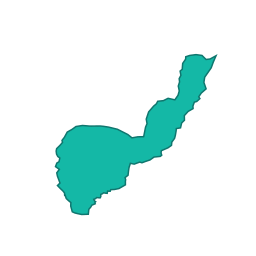 Dymes, Limassol, Cyprus (Natural Earth projection), rotated 110°
{"feature_id": "46923920B11933965070287", "entity_name": "Dymes", "entity_type": "district", "adm_level": 2, "iso_a3": "CYP", "parent_name": "Cyprus", "parent_adm1": "Limassol", "projection": "natural_earth1", "projection_center": [32.967, 34.924], "detail": "fine", "context": "isolated", "style": "filled", "palette": "teal", "viewbox_px": 256, "rotation_deg": 110, "n_neighbors": 0, "source": "geoboundaries", "source_scale": "gbopen_adm2", "svg_char_len": 1784}
<svg xmlns="http://www.w3.org/2000/svg" viewBox="0 0 256 256"><g transform="rotate(110 128 128)"><path d="M41.3,98.1L43.6,97.4L48.6,98.7L51.9,97.8L54.3,97.1L56.7,98.5L60.4,96.3L64.1,96.8L67.1,95.3L71.4,95.1L73.5,93.8L75.7,92.5L80.2,92.2L85.5,93.6L86.4,100.5L90.2,104.1L92.7,109.2L95.6,109.6L98.7,111.4L105.8,114.1L113.4,113.9L117.4,111.6L121.2,111.8L130.8,110.3L132.9,115.7L135.9,120.9L134.2,125.9L132.8,137.5L133.8,146.5L134.8,151.5L135.7,155.0L139.2,164.3L141.2,171.6L144.4,177.4L148.4,180.1L152.6,183.7L158.6,184.6L162.2,185.8L163.9,184.6L167.6,186.0L171.8,188.0L173.8,187.7L174.3,187.6L177.0,186.2L178.8,184.2L179.5,181.8L183.3,181.3L185.3,182.9L189.1,182.9L190.3,178.4L194.5,179.6L197.3,177.9L200.0,175.6L203.0,173.1L206.2,174.6L208.1,170.7L209.4,167.7L210.7,165.5L212.9,164.5L212.6,164.1L215.4,161.9L216.7,158.8L217.6,156.2L221.0,155.1L225.8,151.7L226.0,148.9L225.7,146.1L225.1,141.9L222.6,135.8L217.8,137.0L215.2,136.0L212.9,135.6L210.4,132.9L209.7,133.5L209.1,133.5L208.3,133.2L208.0,134.5L206.7,135.8L205.5,134.3L204.1,133.7L203.2,130.3L201.8,130.1L199.7,130.9L198.6,129.6L197.2,128.7L197.0,127.1L196.5,125.2L194.3,125.6L193.5,123.1L192.9,123.1L191.8,123.1L190.5,119.9L188.0,115.8L182.3,111.0L179.0,112.2L177.4,112.5L175.6,113.8L172.4,111.8L167.9,112.9L164.9,113.5L160.4,113.7L159.8,109.8L156.0,105.3L155.9,103.0L153.5,100.2L150.5,96.4L146.4,93.6L143.6,87.9L142.0,87.0L140.2,88.4L137.9,88.9L132.9,83.6L129.4,81.2L126.3,82.0L121.8,80.7L118.6,81.0L114.3,81.8L112.0,82.4L109.9,78.7L104.9,79.3L101.4,77.6L97.1,79.3L91.9,77.2L87.5,73.5L85.2,74.5L81.0,74.5L79.6,72.5L75.8,70.5L74.5,72.2L70.1,71.1L64.5,68.0L59.2,72.3L54.0,73.3L43.0,70.4L36.9,70.4L30.0,70.0L35.1,74.5L36.9,78.1L34.5,83.3L35.8,89.2L38.7,94.8L41.3,98.1Z" fill="#14b8a6" stroke="#0f766e" stroke-width="1.5"/></g></svg>